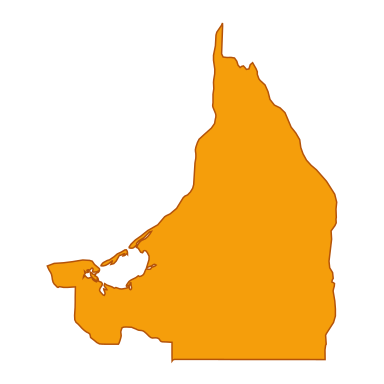 an SVG outline of Campeche
{"feature_id": "MEX-2722", "entity_name": "Campeche", "entity_type": "State", "adm_level": 1, "iso_a3": "MEX", "parent_name": "Mexico", "parent_adm1": "", "projection": "equal_earth", "projection_center": [-91.225, 19.313], "detail": "fine", "context": "isolated", "style": "filled", "palette": "amber", "viewbox_px": 384, "rotation_deg": 0, "n_neighbors": 0, "source": "natural_earth", "source_scale": "10m", "svg_char_len": 5171}
<svg xmlns="http://www.w3.org/2000/svg" viewBox="0 0 384 384"><path d="M326.2,344.2L325.6,345.3L325.0,349.8L325.1,359.6L306.7,359.5L288.4,359.5L270.0,359.5L251.6,359.5L233.2,359.5L214.8,359.4L196.5,359.4L178.1,359.4L174.5,359.4L172.8,360.0L172.1,361.0L172.0,355.4L172.0,349.9L172.0,344.4L172.0,342.3L167.0,342.0L164.6,341.9L162.2,341.8L161.0,341.4L160.3,340.7L159.7,339.8L158.8,338.7L157.3,338.0L155.6,337.8L153.9,337.9L152.3,338.0L150.8,337.5L149.2,336.3L147.7,334.8L146.4,333.5L144.9,332.2L143.6,331.2L142.1,330.6L140.3,330.4L138.7,330.2L137.3,329.7L135.9,329.0L134.3,328.4L133.4,328.0L132.4,327.6L131.5,327.2L130.4,327.2L128.5,327.1L126.1,327.0L123.8,327.1L122.1,327.7L121.9,328.3L121.5,329.3L121.1,330.5L120.9,331.2L120.8,332.4L121.0,333.7L121.1,334.8L121.2,335.8L120.8,337.7L120.0,340.5L119.1,343.0L118.4,344.2L114.3,344.2L110.3,344.2L106.2,344.2L102.1,344.1L99.5,343.9L96.8,342.5L94.3,340.4L92.0,338.6L90.6,337.5L90.3,335.8L89.8,334.0L88.2,332.8L87.0,332.3L85.9,331.6L84.8,330.8L83.7,329.9L81.8,328.1L80.0,326.1L78.1,324.1L76.0,322.3L74.8,319.8L74.6,315.4L74.9,310.8L75.1,307.4L75.2,302.3L75.2,297.2L75.3,292.0L75.4,286.9L71.6,287.1L67.6,287.4L63.6,287.4L59.9,286.7L59.2,286.7L58.6,287.2L58.0,287.4L57.1,287.0L56.4,286.3L55.8,285.6L55.1,284.9L54.4,284.3L53.1,282.2L52.4,279.6L52.0,276.7L51.4,274.1L50.4,272.1L49.1,270.0L48.1,267.9L47.3,266.0L54.1,263.4L63.4,262.8L72.3,261.7L82.8,260.0L89.6,260.4L92.2,261.2L94.5,264.5L98.9,268.2L99.5,269.0L99.5,270.3L99.0,271.6L98.1,272.5L97.2,272.8L97.5,272.0L97.8,271.3L96.8,271.8L95.8,272.0L93.5,272.1L92.6,271.6L92.8,270.4L93.1,269.1L92.6,268.2L92.0,268.1L91.5,268.3L89.8,270.1L89.5,270.1L89.1,269.9L88.3,269.7L87.2,270.0L86.9,270.6L87.4,271.1L88.6,271.3L88.6,272.1L87.5,272.5L86.5,272.6L85.5,272.2L84.6,271.3L84.7,271.9L84.8,272.4L84.9,272.9L85.2,273.6L84.5,274.3L84.0,275.1L83.6,276.2L83.4,277.4L83.8,276.9L85.2,275.8L86.7,277.4L87.5,277.9L88.6,278.2L90.5,277.5L91.6,277.3L92.1,277.8L92.6,279.3L94.0,280.6L95.6,281.5L97.1,282.0L94.9,279.7L92.6,277.9L90.8,275.6L90.3,272.1L92.0,273.2L92.9,274.2L94.0,274.5L96.0,273.6L94.9,275.8L96.1,276.4L97.2,277.2L98.0,278.4L98.3,279.7L97.2,279.0L97.1,279.3L97.1,279.6L97.0,279.8L96.6,279.7L98.1,281.0L101.4,282.3L102.3,283.6L102.1,285.2L100.0,288.4L99.5,290.1L100.1,291.6L101.7,293.5L103.3,295.1L104.3,295.4L105.1,293.7L104.8,292.0L104.0,290.3L103.5,288.2L104.1,289.1L105.0,289.6L105.9,289.8L106.9,289.7L106.0,288.2L104.8,286.8L104.1,285.3L104.7,283.6L106.8,285.0L111.9,286.8L114.3,288.2L115.9,287.5L119.7,288.8L121.8,289.0L125.8,288.3L127.8,287.7L129.2,286.6L129.3,288.3L129.9,289.4L130.7,289.7L131.4,289.0L131.6,287.7L131.0,284.3L130.9,282.8L130.3,282.8L130.2,283.4L129.9,284.3L129.8,285.1L128.9,285.2L126.7,286.4L126.3,285.9L126.7,284.8L128.6,282.0L129.2,281.3L131.2,279.9L135.9,277.6L138.3,275.8L139.6,276.5L141.1,276.1L142.5,275.3L143.5,274.4L144.2,273.2L145.6,269.7L146.1,269.0L148.9,269.3L150.3,269.2L150.9,268.6L151.6,267.4L154.8,266.2L156.1,265.1L154.7,264.3L153.6,264.5L151.5,265.9L147.5,267.3L146.4,268.2L149.0,259.7L149.1,256.2L147.4,252.8L146.1,251.1L145.4,250.7L144.4,250.6L143.5,250.9L143.2,251.6L142.9,252.4L142.4,252.8L140.7,252.2L138.3,248.3L136.7,247.5L137.8,244.8L139.5,242.3L141.4,240.5L145.3,238.8L147.9,236.5L150.2,233.6L151.5,231.4L149.5,231.9L144.1,237.5L138.6,241.0L136.5,243.4L136.7,246.0L135.9,246.6L135.5,246.0L133.6,247.7L132.6,248.1L130.9,248.2L129.3,247.9L129.1,247.1L131.0,244.2L135.3,240.0L140.7,236.2L147.8,230.5L157.8,224.8L164.6,216.8L166.3,215.7L170.1,213.9L176.6,208.4L183.2,197.7L184.9,196.1L187.6,194.9L190.4,192.0L192.7,188.2L193.7,184.5L195.0,162.9L195.8,158.2L195.9,155.9L195.8,153.4L195.5,151.6L195.4,149.7L195.9,147.1L197.5,142.4L199.1,139.2L203.9,134.8L211.4,128.1L214.6,123.5L215.4,118.8L215.8,117.3L215.9,115.3L215.5,113.4L213.0,107.3L212.7,106.0L212.7,105.0L213.0,102.8L213.0,94.3L213.8,88.7L213.5,82.5L213.7,80.0L214.7,73.8L214.8,69.3L213.5,60.2L213.5,55.3L215.4,45.9L216.0,35.1L216.8,32.2L221.5,25.3L222.5,23.0L222.6,26.2L221.6,53.9L223.1,57.0L227.0,57.5L231.1,57.4L234.5,58.0L236.8,61.2L238.0,65.1L240.1,67.5L241.6,66.4L243.4,65.9L244.9,67.5L246.4,69.4L248.9,68.9L250.3,64.6L252.6,62.7L256.0,68.6L257.3,71.7L257.3,74.4L258.9,78.8L260.2,80.5L265.0,84.9L268.0,91.6L270.0,99.5L274.4,105.1L280.1,107.9L285.0,112.7L291.1,127.1L295.8,133.0L299.7,139.7L300.8,147.6L303.0,153.8L306.5,160.2L311.1,165.3L316.5,169.9L326.5,181.3L334.7,194.2L336.7,202.2L336.0,209.1L336.3,217.4L336.0,219.0L336.2,222.9L334.9,225.7L331.1,230.9L331.6,239.2L329.0,261.2L329.7,267.8L332.6,272.6L333.2,278.4L332.2,280.1L331.9,282.0L333.2,282.6L334.5,283.5L334.3,286.1L333.6,288.6L333.1,291.0L334.8,301.0L335.4,308.9L335.4,316.0L333.5,322.5L326.5,333.4L325.6,335.2L326.2,344.2ZM121.2,252.1L124.9,249.9L126.3,249.8L126.9,250.6L127.3,251.6L127.5,252.7L127.5,254.4L127.2,254.0L126.9,253.6L125.1,255.2L124.1,255.7L123.0,255.9L123.3,255.1L123.9,254.4L124.5,253.9L125.2,253.6L123.6,253.8L120.7,255.3L119.5,255.2L116.2,261.1L113.8,263.6L110.9,264.4L112.7,260.5L108.3,263.9L105.7,265.3L103.2,265.9L101.6,265.9L101.0,265.7L101.3,264.9L102.6,263.2L103.5,262.5L107.2,260.5L109.5,259.8L114.1,256.7L117.3,253.9L121.2,252.1Z" fill="#f59e0b" stroke="#b45309" stroke-width="1.5"/></svg>